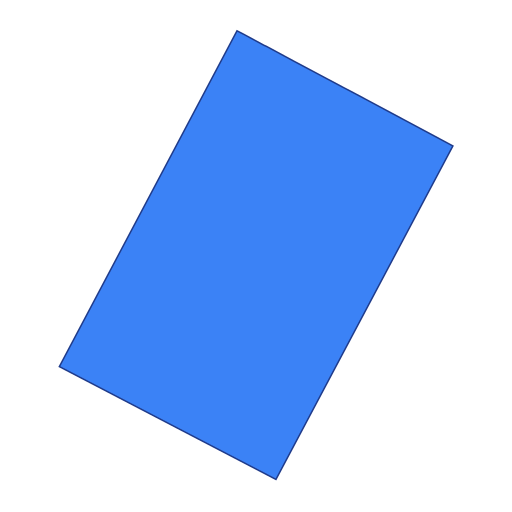 Chase, Nebraska, United States of America (Equal Earth projection), rotated 118°
{"feature_id": "52423323B38748584325831", "entity_name": "Chase", "entity_type": "district", "adm_level": 2, "iso_a3": "USA", "parent_name": "United States of America", "parent_adm1": "Nebraska", "projection": "equal_earth", "projection_center": [-101.923, 40.524], "detail": "fine", "context": "isolated", "style": "filled", "palette": "blue", "viewbox_px": 512, "rotation_deg": 118, "n_neighbors": 0, "source": "geoboundaries", "source_scale": "gbopen_adm2", "svg_char_len": 294}
<svg xmlns="http://www.w3.org/2000/svg" viewBox="0 0 512 512"><g transform="rotate(118 256 256)"><path d="M66.2,314.7L66.0,345.4L66.2,347.7L66.0,370.9L66.1,378.5L446.0,377.7L443.9,133.5L66.4,133.8L66.1,245.9L66.2,258.4L66.2,314.7Z" fill="#3b82f6" stroke="#1e3a8a" stroke-width="1.5"/></g></svg>